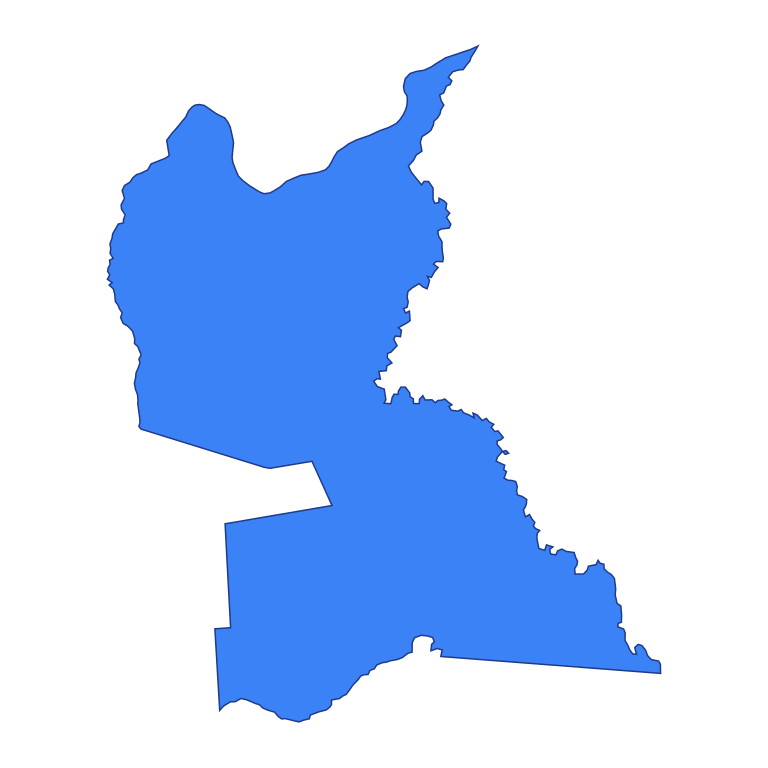 the district of Britânia, Goiás, Brazil
{"feature_id": "56859067B24733519848985", "entity_name": "Britânia", "entity_type": "district", "adm_level": 2, "iso_a3": "BRA", "parent_name": "Brazil", "parent_adm1": "Goiás", "projection": "mercator", "projection_center": [-51.172, -15.205], "detail": "fine", "context": "isolated", "style": "filled", "palette": "blue", "viewbox_px": 768, "rotation_deg": 0, "n_neighbors": 0, "source": "geoboundaries", "source_scale": "gbopen_adm2", "svg_char_len": 5205}
<svg xmlns="http://www.w3.org/2000/svg" viewBox="0 0 768 768"><path d="M166.7,140.3L169.2,155.8L164.8,158.5L151.1,163.9L147.7,169.9L140.7,173.3L136.6,174.6L132.8,177.8L129.9,182.2L124.4,185.6L122.2,190.6L124.5,198.4L121.1,204.9L121.5,209.1L125.2,214.9L123.5,219.5L123.4,222.9L118.3,224.0L112.7,233.8L112.0,238.3L109.9,244.0L110.8,248.2L110.1,253.5L113.2,258.4L109.5,260.2L110.1,264.5L108.2,267.8L107.6,271.3L109.7,274.8L107.4,279.3L112.2,282.7L109.1,285.0L113.3,288.8L114.7,294.0L115.4,301.7L117.8,304.7L119.5,308.8L122.2,312.9L120.6,317.5L123.2,323.5L127.6,326.0L130.3,328.7L132.6,331.3L134.7,338.5L134.5,343.6L137.8,346.5L139.1,350.0L141.2,354.6L138.9,359.3L140.0,362.8L138.2,368.0L136.1,372.7L135.5,378.4L134.4,383.4L135.5,389.3L137.5,394.6L138.0,400.0L137.8,403.9L138.5,409.0L139.6,417.2L140.0,422.3L138.9,426.5L141.0,429.1L264.3,467.3L270.0,468.3L312.0,461.3L332.0,505.5L259.5,517.9L225.1,523.8L227.8,575.3L230.6,627.7L214.9,628.8L219.7,710.4L223.5,706.1L230.3,701.9L235.3,701.7L240.9,698.5L246.7,699.8L255.7,703.6L259.6,704.8L262.8,708.0L267.4,710.0L274.5,712.1L278.1,716.3L281.5,718.9L285.3,718.6L293.0,720.5L298.9,721.9L303.8,720.1L309.3,718.8L310.4,715.0L319.3,711.7L326.1,710.0L329.7,707.3L331.5,704.5L331.5,700.0L339.6,698.5L342.2,696.3L346.2,694.4L349.5,690.0L353.0,684.9L358.3,679.5L360.7,676.0L364.1,674.7L368.0,674.5L370.0,670.4L374.3,668.8L376.8,664.9L382.4,662.7L386.5,662.1L390.2,660.8L397.4,659.5L402.5,657.5L405.1,655.4L408.5,653.0L412.1,652.2L412.1,647.8L412.2,642.8L414.5,637.8L421.0,635.3L427.3,635.9L432.6,637.5L434.3,641.7L431.6,644.4L430.9,650.8L437.2,648.5L442.2,649.9L440.8,656.5L660.6,673.4L660.4,664.3L658.7,661.1L651.3,659.6L647.6,655.6L645.5,650.0L641.8,645.5L638.2,644.4L634.7,647.6L636.5,654.3L632.7,653.9L629.8,649.9L627.7,645.1L625.0,640.4L625.2,632.9L623.6,629.0L617.8,626.8L618.2,623.3L621.4,622.3L621.6,614.7L620.8,605.8L617.1,603.5L615.2,595.0L615.7,588.9L615.1,583.8L614.4,578.5L611.3,574.5L607.6,572.2L604.1,568.8L603.9,564.3L600.0,563.2L598.1,560.3L596.1,564.6L588.4,566.2L587.4,569.8L583.6,574.0L578.6,574.0L575.2,574.2L574.6,568.8L577.1,564.6L577.5,561.0L575.9,558.0L574.1,552.5L566.2,551.4L561.9,549.1L557.6,550.9L555.8,554.9L550.6,554.0L549.7,549.3L552.9,546.9L546.5,544.9L544.7,550.4L538.8,548.4L536.8,537.9L537.3,533.3L539.7,530.4L535.7,528.7L533.4,526.1L534.8,522.5L531.8,518.8L529.5,514.5L525.4,516.9L523.4,509.9L525.3,506.9L526.4,503.7L526.7,499.5L522.5,496.6L517.3,494.8L516.6,490.8L517.3,486.5L515.7,481.5L511.9,480.5L507.8,480.2L504.0,478.1L505.3,474.9L506.4,471.6L503.7,469.6L504.7,465.2L500.1,463.1L496.2,461.2L497.4,457.1L502.4,451.4L500.5,448.5L497.1,444.5L497.2,440.9L500.6,439.9L503.3,437.5L498.0,430.9L494.7,431.5L491.3,427.3L493.8,424.3L489.2,421.9L486.3,418.4L482.2,420.5L477.3,415.0L473.0,413.1L474.1,417.8L469.1,415.0L463.5,412.8L461.2,409.5L457.8,411.1L451.4,410.3L449.0,406.5L451.9,404.8L447.9,401.8L444.8,399.0L441.5,400.2L437.9,400.5L435.3,402.7L432.0,399.8L425.2,400.0L422.8,395.7L419.6,399.2L419.1,403.7L413.4,403.5L413.4,398.8L410.1,396.8L409.7,392.9L405.3,387.1L400.8,387.2L398.5,391.0L397.9,394.4L394.0,394.2L392.2,397.4L390.9,403.7L384.0,403.2L385.9,399.8L384.2,389.1L377.4,386.6L373.6,381.2L377.2,378.6L380.4,379.2L378.9,371.4L386.3,370.7L386.8,366.0L391.9,362.9L387.2,357.6L387.6,353.4L390.9,352.2L397.1,345.6L393.7,339.3L395.4,336.0L400.5,336.7L401.4,330.2L398.3,327.7L406.6,323.1L410.1,320.7L409.4,311.1L405.5,313.0L403.5,308.6L407.1,307.3L408.2,302.0L407.1,297.0L408.0,291.4L412.1,287.9L419.1,283.7L422.9,286.9L427.0,288.8L428.2,285.5L429.5,280.3L427.4,276.4L431.3,277.4L434.3,272.0L438.1,267.5L433.5,264.1L436.0,261.5L442.7,261.7L443.3,257.9L442.4,251.6L442.0,246.9L442.0,241.8L438.6,236.1L437.8,231.0L441.3,229.0L449.2,228.1L450.8,224.2L446.5,217.3L449.7,213.2L445.8,209.2L446.7,203.6L443.9,200.8L439.0,198.2L438.8,202.6L434.7,203.3L433.1,199.3L433.0,188.0L428.6,181.5L424.0,181.4L421.6,184.9L418.4,181.0L415.9,178.0L411.4,172.3L408.4,166.0L413.4,160.5L416.2,155.1L421.9,151.1L420.3,142.2L422.0,136.6L427.2,133.3L430.9,130.3L433.3,125.3L434.0,121.1L437.6,117.9L440.1,113.6L440.8,110.0L443.8,105.1L441.1,100.6L439.7,94.9L443.7,92.9L446.5,86.0L450.1,84.5L451.8,80.8L448.3,77.3L452.8,71.7L458.5,70.0L463.2,69.6L466.6,64.9L469.8,61.1L471.1,57.2L474.6,51.7L477.9,46.1L470.0,49.7L462.6,52.1L458.3,53.6L454.6,54.8L445.5,57.9L437.4,62.8L430.9,67.1L424.1,70.2L416.2,71.5L410.1,73.5L405.3,78.6L403.5,86.2L404.4,91.7L407.1,96.0L407.3,100.5L406.9,105.3L405.7,109.6L403.4,114.5L400.0,119.6L396.3,123.5L389.0,127.4L379.7,130.7L369.4,135.5L356.6,139.9L348.9,143.7L343.0,148.0L337.6,151.5L334.3,156.5L331.5,162.1L328.8,166.5L325.4,169.8L318.1,172.4L307.2,174.3L301.0,175.2L293.4,178.3L286.4,181.4L280.3,186.9L273.1,191.3L269.8,193.0L264.1,193.7L260.3,192.3L257.1,190.5L253.6,188.2L250.0,186.1L242.8,180.6L238.5,176.3L236.0,170.7L232.8,162.2L232.1,157.4L232.6,151.8L233.5,143.1L232.8,138.6L231.1,130.9L230.2,127.0L227.9,122.2L224.7,117.9L220.7,116.0L215.7,113.4L209.3,108.8L204.3,105.5L199.6,104.5L195.0,105.1L192.1,107.0L188.5,111.0L185.6,117.3L182.3,121.1L178.2,126.2L176.0,128.8L172.0,133.3L169.5,136.6L166.7,140.3ZM502.4,451.4L505.2,454.4L508.6,453.2L506.2,450.7L502.4,451.4Z" fill="#3b82f6" stroke="#1e3a8a" stroke-width="1.5"/></svg>